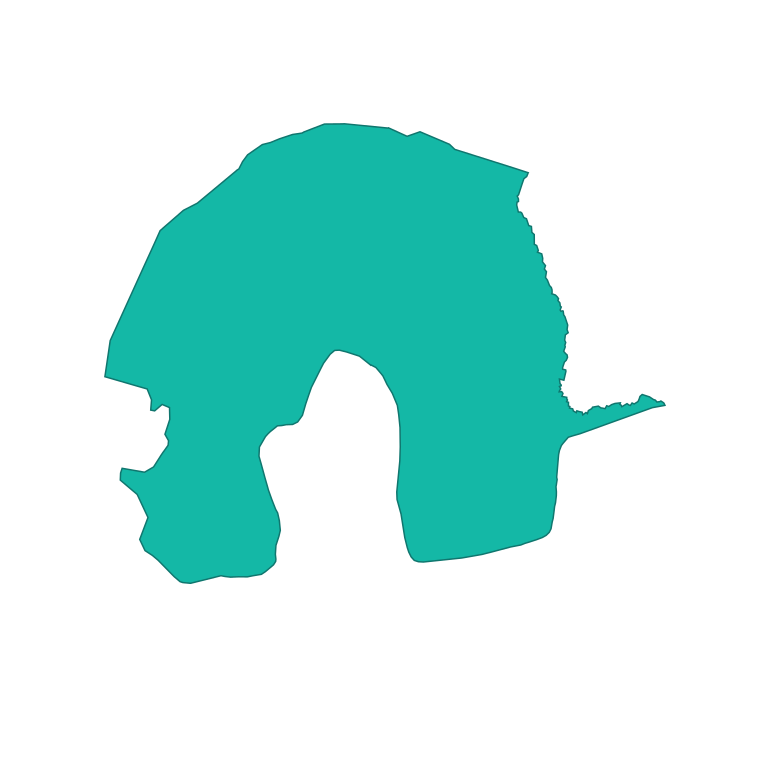 Kantora, Upper River, Gambia (Robinson projection), rotated 198°
{"feature_id": "56634734B33233148834926", "entity_name": "Kantora", "entity_type": "district", "adm_level": 2, "iso_a3": "GMB", "parent_name": "Gambia", "parent_adm1": "Upper River", "projection": "robinson", "projection_center": [-13.936, 13.414], "detail": "fine", "context": "isolated", "style": "filled", "palette": "teal", "viewbox_px": 768, "rotation_deg": 198, "n_neighbors": 0, "source": "geoboundaries", "source_scale": "gbopen_adm2", "svg_char_len": 4083}
<svg xmlns="http://www.w3.org/2000/svg" viewBox="0 0 768 768"><g transform="rotate(198 384 384)"><path d="M312.1,629.5L326.1,629.5L389.2,629.0L395.8,632.2L427.7,635.0L438.6,626.7L459.0,629.0L459.4,628.6L502.2,619.2L503.7,618.6L521.0,612.8L538.0,599.0L539.4,597.4L542.3,595.9L548.0,593.1L559.0,585.0L566.7,578.5L573.7,574.1L584.5,559.9L587.2,551.9L588.5,543.6L589.7,542.3L591.2,539.8L617.4,498.3L628.4,487.2L644.3,460.7L645.9,445.7L649.2,417.0L657.8,340.7L651.7,304.7L619.2,305.7L607.7,306.1L600.2,297.1L597.8,287.1L593.8,287.6L588.7,296.0L580.7,295.3L576.8,284.2L576.8,282.4L576.8,268.5L571.4,263.5L570.4,259.0L570.7,258.0L572.5,252.3L572.9,251.2L573.9,247.8L577.5,233.9L584.5,226.1L607.0,222.9L607.0,217.9L605.1,211.1L584.6,202.7L567.2,184.1L568.3,160.7L559.8,151.7L551.3,149.4L544.4,146.6L526.8,137.4L523.9,135.9L516.9,133.0L513.9,133.0L506.4,134.7L503.0,136.8L479.8,151.3L475.8,151.8L470.3,152.9L462.8,155.7L454.3,158.4L449.3,161.2L441.8,165.1L438.8,168.9L433.2,177.9L432.2,181.8L432.7,184.0L434.7,188.5L436.9,197.1L436.9,206.6L437.4,212.8L439.3,217.1L441.3,221.7L445.3,228.5L448.3,231.3L453.0,237.0L453.4,237.5L455.2,239.7L461.2,247.5L463.5,251.0L468.1,257.8L475.9,269.7L480.6,276.7L483.0,285.6L480.5,297.3L479.0,300.7L477.5,303.5L472.4,311.3L468.4,312.9L464.4,315.1L458.4,317.3L454.4,321.2L452.9,325.8L451.9,329.0L452.3,340.8L452.2,350.1L452.0,358.4L448.8,379.6L447.9,385.1L444.4,395.7L441.3,400.7L436.9,402.4L432.3,402.7L431.3,402.8L429.3,402.9L426.6,402.9L423.8,402.9L419.6,402.9L415.9,402.9L402.4,397.8L402.3,398.1L396.8,397.2L390.5,393.3L387.6,391.4L384.6,388.3L381.1,384.6L373.3,377.8L371.8,376.1L364.7,367.8L363.3,365.0L360.4,359.1L355.3,347.5L349.1,329.2L345.2,315.8L341.3,298.1L338.5,285.3L335.9,278.2L327.6,265.6L316.8,244.4L315.8,242.8L311.3,235.6L308.5,231.8L304.7,227.9L300.7,225.6L296.4,225.6L291.5,226.9L256.2,242.6L243.0,249.6L238.1,252.2L233.7,255.0L231.1,256.6L213.3,268.1L204.1,273.2L200.6,276.1L197.4,278.3L190.8,283.1L185.9,287.0L183.0,290.2L181.0,294.0L180.4,297.9L181.4,304.8L181.6,308.3L183.0,315.7L183.9,320.2L184.2,324.1L185.6,331.1L186.7,334.7L188.7,339.5L189.0,341.8L189.3,343.4L189.8,346.6L191.0,348.8L196.1,370.7L196.6,374.9L196.3,380.3L195.4,382.9L192.3,390.3L188.1,393.3L182.3,397.2L121.5,444.4L110.2,450.5L110.9,451.3L111.4,451.8L111.8,452.2L112.0,452.4L112.2,452.5L115.4,453.4L116.3,452.4L118.9,451.2L120.9,452.5L122.9,452.5L127.5,453.8L135.2,453.8L136.7,451.3L136.7,448.4L137.0,445.8L139.9,442.3L142.2,442.6L143.1,439.7L144.5,439.7L146.8,440.4L150.8,435.9L152.0,437.2L153.4,437.5L153.4,439.1L158.3,436.9L161.2,434.7L163.2,432.1L165.5,432.1L166.1,428.9L168.7,428.6L170.4,428.3L173.3,429.2L178.5,426.4L178.8,424.8L181.4,421.9L181.4,418.7L183.1,419.3L185.4,416.1L186.8,418.4L190.0,418.1L192.3,418.1L192.3,416.2L195.5,416.8L196.9,418.7L200.1,418.4L200.3,420.0L201.8,420.1L202.9,423.6L204.9,423.6L204.6,425.5L205.5,426.2L206.1,427.8L211.0,427.2L210.9,429.5L210.9,430.4L211.8,431.0L212.7,431.7L215.0,430.7L215.0,432.0L214.4,433.9L216.4,435.9L214.9,437.1L215.2,437.8L216.7,438.8L217.5,440.4L218.7,442.9L214.1,443.2L214.9,452.2L215.5,453.5L216.3,453.5L218.6,453.2L219.2,454.8L219.2,460.6L218.0,462.9L217.7,466.1L218.9,468.3L220.6,469.0L223.2,470.6L223.1,475.4L224.0,476.7L224.0,479.6L225.7,481.5L226.2,484.2L226.7,486.8L224.7,489.7L226.7,492.3L227.5,496.8L232.7,503.9L234.4,505.2L235.6,507.6L236.1,508.7L237.0,508.7L238.1,507.8L239.3,508.8L239.3,509.6L239.3,510.4L239.2,512.0L239.8,512.3L240.4,512.6L241.1,514.0L241.8,515.5L244.4,517.1L244.4,519.1L246.1,520.4L248.4,521.6L252.4,521.7L252.4,523.0L253.3,525.5L254.7,527.5L257.0,528.8L260.7,533.3L263.3,535.2L264.2,541.0L267.0,542.9L267.0,546.5L271.0,549.1L271.9,552.6L274.2,556.5L278.8,556.8L278.5,558.7L281.6,562.9L284.2,563.3L287.3,572.6L290.2,573.9L292.5,579.4L295.3,579.4L299.6,585.2L302.5,585.5L305.7,589.1L307.1,589.7L309.4,589.1L310.1,590.2L310.6,591.1L310.9,591.6L311.4,592.4L313.1,595.2L313.7,598.1L312.5,599.1L313.3,601.5L315.4,603.9L314.5,605.5L314.5,612.0L314.5,616.6L314.4,622.5L312.4,625.4L312.2,628.2L312.2,628.9L312.1,629.5Z" fill="#14b8a6" stroke="#0f766e" stroke-width="1.5"/></g></svg>